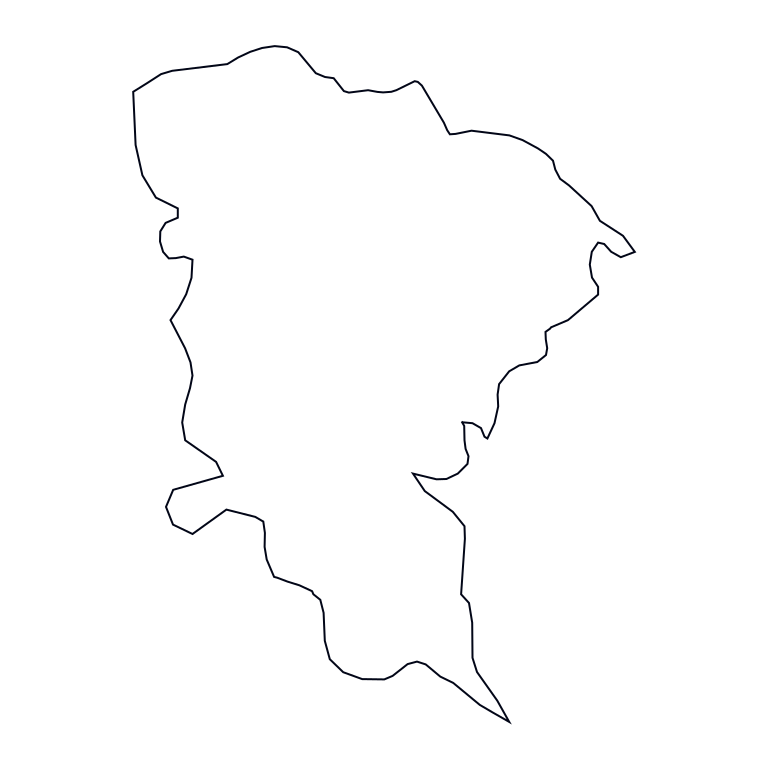 an SVG outline of Al Minufiyah
{"feature_id": "EGY-1532", "entity_name": "Al Minufiyah", "entity_type": "Governorate", "adm_level": 1, "iso_a3": "EGY", "parent_name": "Egypt", "parent_adm1": "", "projection": "mercator", "projection_center": [31.025, 30.446], "detail": "fine", "context": "isolated", "style": "outline", "palette": "ink", "viewbox_px": 768, "rotation_deg": 0, "n_neighbors": 0, "source": "natural_earth", "source_scale": "10m", "svg_char_len": 1879}
<svg xmlns="http://www.w3.org/2000/svg" viewBox="0 0 768 768"><path d="M384.3,679.4L362.2,679.1L343.2,672.2L329.8,659.2L324.8,640.8L323.6,612.8L320.3,599.8L313.4,594.3L312.1,591.2L299.4,585.3L287.5,581.6L277.2,577.7L274.1,576.9L266.7,559.5L264.6,546.9L264.9,532.9L263.3,521.6L255.3,516.9L226.4,509.6L192.5,534.0L173.0,524.6L166.0,506.9L173.2,489.8L222.9,475.8L216.1,461.9L185.2,440.3L182.2,422.5L185.2,404.5L190.0,388.2L192.5,375.6L190.5,362.4L185.1,348.3L170.5,320.1L178.5,308.5L186.2,294.2L191.5,277.8L192.5,259.7L183.8,256.6L175.8,258.1L168.8,258.4L163.1,251.9L160.0,241.5L160.3,231.4L165.6,222.9L177.8,217.7L177.8,208.4L155.9,197.6L142.4,175.3L135.6,145.0L133.2,91.8L147.0,83.2L161.1,74.1L172.2,70.8L227.3,64.1L238.1,57.5L250.3,51.8L262.0,48.0L274.7,46.1L287.1,47.3L298.3,52.2L315.8,73.2L325.0,77.0L333.7,78.2L343.9,91.1L348.9,92.6L368.1,90.2L377.4,91.9L383.1,92.4L391.3,91.8L396.3,90.2L414.7,81.2L417.8,81.9L421.9,85.6L443.9,122.7L447.2,130.2L449.9,134.3L455.6,133.9L471.5,130.7L509.4,135.4L522.6,140.1L537.9,148.4L546.0,153.9L553.0,160.7L555.3,169.6L560.1,178.8L569.0,185.4L591.6,206.1L599.9,220.8L623.0,235.8L634.8,251.9L620.8,257.2L611.2,251.8L604.2,244.0L598.1,242.6L591.8,251.8L589.8,264.6L592.0,277.6L598.1,286.8L598.1,294.6L568.0,320.1L551.1,327.3L550.0,328.7L545.5,331.9L545.8,339.4L547.2,348.2L546.0,355.0L537.3,362.0L519.3,365.4L509.2,371.3L499.1,384.1L497.6,394.6L498.2,406.4L494.5,423.2L487.4,438.5L484.5,436.7L481.0,428.1L472.5,423.2L462.6,422.3L461.7,421.6L464.2,425.9L464.5,440.3L465.6,448.9L468.5,456.2L467.5,463.9L457.8,473.6L446.4,479.0L436.5,479.3L413.0,473.6L424.8,491.1L452.8,511.8L464.5,526.2L464.9,538.8L461.1,594.3L469.0,603.0L472.2,622.7L472.5,657.8L477.0,672.0L497.3,700.7L509.2,721.9L492.4,712.3L479.8,704.9L453.2,682.9L440.3,676.6L425.7,664.4L417.0,661.6L407.6,664.1L392.6,675.9L384.3,679.4Z" fill="none" stroke="#020617" stroke-width="2"/></svg>